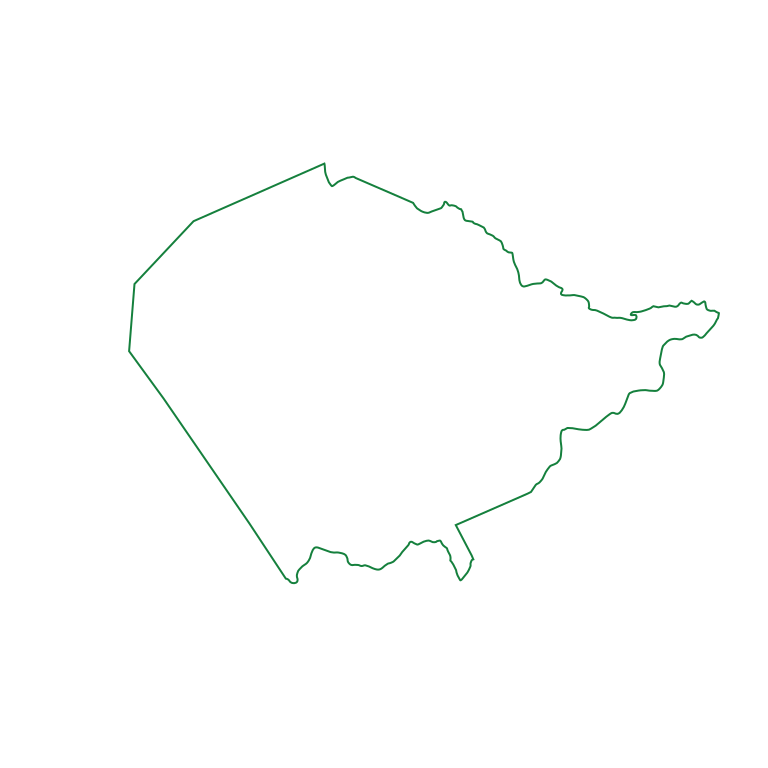 the district of Apacilagua, Choluteca, Honduras, rotated 207°
{"feature_id": "27666195B80375114467909", "entity_name": "Apacilagua", "entity_type": "district", "adm_level": 2, "iso_a3": "HND", "parent_name": "Honduras", "parent_adm1": "Choluteca", "projection": "mercator", "projection_center": [-87.065, 13.459], "detail": "fine", "context": "isolated", "style": "outline", "palette": "green", "viewbox_px": 768, "rotation_deg": 207, "n_neighbors": 0, "source": "geoboundaries", "source_scale": "gbopen_adm2", "svg_char_len": 6166}
<svg xmlns="http://www.w3.org/2000/svg" viewBox="0 0 768 768"><g transform="rotate(207 384 384)"><path d="M335.6,558.3L337.7,558.3L338.9,558.6L339.2,558.9L339.9,559.9L341.2,561.4L343.1,563.2L344.6,564.2L346.2,564.4L350.7,564.4L351.7,564.6L353.3,565.3L354.5,565.5L357.4,565.4L359.7,565.1L360.6,565.1L361.6,565.5L362.5,566.0L364.3,567.7L366.1,568.7L371.7,568.7L373.6,568.6L375.3,568.2L376.4,568.1L377.8,568.3L378.5,568.8L378.9,568.8L384.8,566.8L385.7,566.7L386.4,566.8L387.5,567.4L388.5,568.3L392.3,573.2L393.7,574.0L394.5,574.7L394.9,574.7L396.0,574.3L397.6,574.4L398.8,574.5L400.0,574.9L400.8,575.0L402.7,574.7L404.6,574.1L405.4,573.7L406.2,572.9L406.8,572.7L407.4,572.8L408.2,573.0L410.0,573.9L410.8,574.2L411.7,574.3L412.4,574.0L412.6,573.6L412.7,573.1L412.3,571.9L412.2,570.9L412.7,567.4L413.0,566.6L414.0,565.5L419.8,559.4L421.7,557.1L422.6,556.4L423.4,556.0L425.8,555.3L428.1,555.0L429.8,555.0L434.3,555.5L437.6,557.0L440.3,558.6L502.9,554.7L504.1,554.9L505.2,554.8L505.9,554.5L508.7,552.2L510.2,551.2L512.7,548.2L515.2,545.3L516.9,543.0L518.1,540.2L518.9,538.4L519.7,537.1L520.2,536.7L520.9,536.8L521.8,537.2L524.7,538.7L530.8,544.1L532.7,546.3L535.8,551.4L536.8,552.9L537.2,553.3L627.6,442.6L651.7,359.8L626.0,297.5L574.0,271.1L440.4,198.5L383.1,166.0L382.0,166.3L380.8,166.3L379.6,166.0L378.2,165.3L377.3,165.0L376.3,165.0L375.6,165.0L374.5,165.4L373.7,165.7L372.3,166.9L371.9,167.6L371.7,168.2L371.7,169.2L372.1,170.3L372.6,171.1L374.0,172.6L374.9,174.2L375.4,176.5L375.6,178.6L375.2,180.5L374.0,184.4L373.4,185.6L371.9,188.3L371.4,189.6L371.1,191.0L370.9,192.7L370.9,195.5L371.8,200.0L372.1,203.7L371.8,205.7L371.4,206.6L370.9,207.2L369.8,207.9L368.5,208.3L355.2,210.0L352.0,211.1L349.4,212.6L347.9,213.2L344.6,214.1L342.5,214.4L340.7,214.2L340.0,213.9L339.1,213.3L337.4,211.9L335.9,209.7L334.8,208.8L333.1,208.1L332.0,207.9L331.2,207.9L330.1,208.2L327.8,209.7L325.1,210.9L324.2,211.2L322.5,211.3L321.4,211.6L320.5,212.2L319.2,213.5L318.2,214.0L314.6,214.6L310.6,214.7L308.1,215.0L306.0,215.5L304.7,216.1L303.6,216.9L302.6,218.2L301.9,219.6L300.8,222.4L299.1,225.5L298.7,226.0L297.6,226.9L296.7,227.8L295.3,229.5L294.8,230.4L292.1,238.3L291.5,242.5L289.2,251.4L289.1,252.2L289.3,253.8L289.1,254.5L288.9,255.1L288.3,255.7L287.5,256.0L286.8,256.0L284.6,255.8L281.6,256.0L281.2,256.2L280.6,256.7L279.7,257.9L277.1,261.5L274.9,263.6L273.3,264.7L272.7,264.9L271.5,265.1L268.9,265.2L267.7,265.7L266.8,266.2L266.1,266.8L265.7,267.3L265.5,267.9L264.5,268.8L263.4,269.7L262.9,269.9L261.9,269.6L259.9,268.1L258.0,267.1L255.8,266.6L253.6,266.3L253.1,266.0L251.9,264.7L250.1,263.3L247.8,261.7L246.9,260.9L245.9,259.5L245.2,258.1L244.9,257.1L244.7,256.8L243.1,256.2L240.3,254.6L235.3,250.9L233.8,249.0L231.5,246.8L227.4,244.0L226.9,243.8L226.6,243.9L226.2,244.6L225.9,245.3L224.1,253.9L224.0,257.0L224.2,260.7L224.5,261.7L225.1,262.7L225.5,263.6L225.8,265.8L225.8,266.7L225.6,267.4L225.3,267.8L224.8,268.3L228.0,271.0L256.0,290.9L206.2,351.6L204.0,354.6L203.0,362.9L202.6,364.0L201.4,365.6L200.8,366.8L200.2,368.9L199.8,370.8L199.7,371.9L199.9,379.0L199.5,382.3L198.9,385.4L198.6,386.4L198.0,387.3L195.6,390.0L194.1,392.1L193.5,394.3L193.1,397.0L193.3,398.5L193.8,400.3L196.5,407.0L198.0,409.4L200.6,413.2L202.0,415.6L203.4,418.7L204.0,420.6L204.3,421.9L204.4,423.0L204.1,423.9L203.7,424.4L202.6,425.1L201.0,427.5L200.6,428.1L200.2,428.3L195.9,430.2L190.0,432.0L186.0,433.5L182.5,435.1L181.0,436.1L180.4,436.6L179.3,438.2L176.5,442.9L171.1,455.7L169.2,459.6L168.3,461.1L167.6,461.9L166.8,462.3L166.0,462.6L163.9,462.8L162.4,463.4L161.7,464.1L161.0,465.2L160.6,466.8L160.2,468.6L159.9,472.5L160.1,476.0L161.2,485.8L161.1,486.7L160.9,487.4L158.4,490.5L154.2,493.7L152.3,495.0L148.4,497.2L147.1,497.7L144.4,498.6L139.3,500.9L137.8,501.9L137.3,502.6L136.8,503.5L136.3,505.0L135.8,507.0L135.6,508.5L135.5,509.9L135.7,511.1L136.1,512.5L137.6,516.8L138.9,520.0L140.0,521.6L143.5,524.3L146.6,526.2L147.5,527.1L148.1,528.1L148.6,529.1L149.5,531.9L152.1,541.0L152.6,543.9L152.6,544.9L150.9,550.4L150.0,552.1L149.0,553.5L147.7,554.7L145.9,556.0L143.9,556.9L141.0,557.9L139.8,558.6L138.8,559.2L138.1,560.1L136.9,562.2L136.2,563.4L131.3,568.1L129.8,569.0L128.0,569.5L126.2,569.3L124.5,568.7L123.8,568.7L122.4,569.2L121.4,570.0L120.9,571.1L120.2,573.0L119.6,575.8L117.0,585.3L116.7,587.1L116.6,588.5L116.6,592.8L116.4,593.6L116.3,594.1L116.8,596.1L117.6,598.8L117.8,599.2L118.1,599.3L118.9,599.1L119.3,599.1L120.9,599.1L122.9,599.3L126.4,597.4L128.6,597.0L129.9,597.1L130.6,597.4L131.9,598.7L133.4,600.5L134.7,602.4L135.4,602.9L136.0,603.0L136.4,602.8L137.7,600.8L139.1,598.2L139.7,597.6L140.6,597.1L141.5,596.8L142.5,596.8L145.3,597.6L146.9,597.8L147.7,597.8L148.2,596.7L149.0,594.2L149.3,593.7L149.8,593.3L150.8,592.7L151.9,592.3L154.0,591.7L155.8,591.6L156.4,591.2L157.1,589.8L157.4,588.0L157.7,587.0L158.3,586.0L158.9,585.4L159.9,584.9L165.3,583.5L167.3,581.8L169.9,580.3L174.3,576.9L179.3,575.6L180.1,574.3L180.7,572.9L181.6,571.7L184.3,568.7L187.5,565.6L188.7,564.6L191.2,562.9L193.8,561.7L194.8,561.0L195.3,560.3L195.7,559.2L195.7,558.2L195.6,557.9L195.4,557.7L194.9,557.7L194.3,557.9L192.3,559.2L191.0,559.7L190.5,559.5L189.6,558.7L189.1,557.5L189.0,556.4L189.4,555.4L190.3,554.5L192.4,553.1L193.9,552.5L196.8,551.7L201.6,550.8L203.6,550.2L204.8,549.6L206.4,548.7L208.8,547.7L210.1,546.9L211.3,546.5L213.5,546.3L220.4,546.4L227.5,546.1L229.5,545.7L231.5,544.8L232.4,544.5L233.6,544.3L235.1,544.3L235.7,544.5L236.1,544.8L236.4,546.2L237.3,547.7L238.3,549.2L239.4,550.3L240.6,550.9L242.4,551.5L244.3,551.9L245.6,552.0L248.1,551.5L254.7,549.7L255.7,549.2L258.8,547.2L262.7,545.2L264.7,544.5L266.1,544.2L267.0,544.5L267.5,545.2L267.7,546.3L267.5,547.7L267.6,548.6L267.9,549.4L268.5,549.8L269.5,550.0L272.0,549.7L275.2,549.9L281.5,551.2L285.8,551.0L287.3,550.7L288.1,550.0L288.3,549.4L288.9,546.6L289.4,545.7L290.0,544.9L291.0,544.3L293.1,543.1L296.5,540.9L297.9,539.7L300.9,536.6L303.1,534.7L304.1,534.2L305.1,534.1L305.9,534.2L306.8,534.6L308.0,535.4L308.9,536.1L310.6,538.1L313.0,541.9L314.9,544.3L317.5,546.9L321.3,549.7L323.8,551.9L325.3,553.7L328.4,558.1L329.3,559.0L329.8,559.0L332.7,557.9L334.1,557.9L335.6,558.3Z" fill="none" stroke="#15803d" stroke-width="2"/></g></svg>